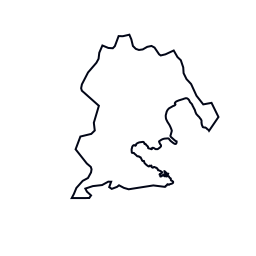 outline of Sevan, Gegharkunik, Armenia, rotated 35°
{"feature_id": "60910142B53261358782492", "entity_name": "Sevan", "entity_type": "district", "adm_level": 2, "iso_a3": "ARM", "parent_name": "Armenia", "parent_adm1": "Gegharkunik", "projection": "mercator", "projection_center": [45.001, 40.541], "detail": "fine", "context": "isolated", "style": "outline", "palette": "ink", "viewbox_px": 256, "rotation_deg": 35, "n_neighbors": 0, "source": "geoboundaries", "source_scale": "gbopen_adm2", "svg_char_len": 5764}
<svg xmlns="http://www.w3.org/2000/svg" viewBox="0 0 256 256"><g transform="rotate(35 128 128)"><path d="M122.1,217.7L136.4,207.6L136.4,204.4L130.9,203.7L127.8,202.1L132.5,195.8L139.5,189.6L142.6,183.3L145.0,181.7L146.5,187.2L149.6,187.2L152.8,182.5L153.5,180.1L159.0,179.4L163.7,177.8L181.7,160.5L191.9,155.1L191.9,154.9L192.3,154.5L192.3,154.4L192.1,153.9L192.1,153.7L192.6,152.9L192.7,152.7L192.5,152.2L192.5,151.9L192.6,151.5L192.7,151.3L192.9,151.2L193.2,151.1L193.7,151.1L194.0,151.1L194.2,150.9L194.3,150.7L194.5,150.1L194.7,149.8L195.8,148.5L196.2,147.7L196.3,147.4L196.3,147.0L196.2,146.7L195.9,146.3L195.7,146.1L195.4,146.1L194.5,146.0L194.3,146.0L194.1,146.1L193.4,146.2L193.1,146.1L192.9,146.0L192.5,145.5L192.3,145.1L192.0,144.9L191.8,144.8L191.3,144.8L191.0,144.9L190.4,144.8L190.1,144.7L189.4,144.3L189.1,144.2L188.9,144.2L188.4,144.4L187.9,145.0L187.4,145.5L187.2,145.7L186.9,145.5L187.0,145.3L187.5,144.8L187.8,144.3L187.8,144.2L187.7,144.0L187.6,143.9L186.7,144.2L186.3,144.3L186.1,144.2L186.0,143.8L186.1,143.7L186.6,143.4L187.1,142.8L187.2,142.7L187.1,142.4L186.8,142.5L186.1,143.1L185.7,143.5L185.5,143.9L185.4,144.4L185.4,144.6L185.4,144.9L185.8,145.5L185.9,146.0L185.8,146.3L185.7,146.5L185.2,146.6L184.8,146.4L184.7,146.3L184.6,145.9L184.6,145.4L184.7,144.8L184.9,144.3L184.9,144.0L184.9,143.7L184.7,143.2L184.7,142.8L184.7,142.7L183.5,142.5L183.1,142.5L182.8,142.4L182.7,142.4L182.6,142.5L183.1,143.1L183.4,143.2L184.0,143.3L184.5,143.6L184.6,143.8L184.7,144.0L184.7,144.3L184.6,144.7L184.0,145.5L183.6,146.4L183.4,146.8L183.4,147.3L183.2,148.1L182.8,148.8L182.6,149.0L182.3,149.1L182.0,148.9L182.0,148.6L181.9,148.4L181.6,148.1L181.5,147.9L181.3,147.9L180.6,148.0L180.5,147.8L180.5,147.6L180.5,147.4L180.9,147.0L181.0,146.5L181.1,146.1L181.4,145.4L181.5,145.0L181.4,144.8L181.2,144.6L180.7,144.6L179.4,144.6L179.0,144.7L178.7,144.8L177.5,145.0L176.9,145.3L176.8,145.2L176.6,145.0L176.4,144.8L175.5,144.7L175.4,144.6L175.2,144.4L174.5,144.3L174.0,144.3L173.8,144.4L173.6,144.6L172.4,144.7L172.0,144.8L171.5,145.2L171.3,145.9L171.2,146.1L171.0,146.3L170.7,146.4L170.1,146.4L169.7,146.4L169.5,146.2L169.4,146.1L169.1,145.6L168.8,145.5L168.6,146.0L168.3,146.1L167.6,146.2L167.4,146.4L167.4,146.7L167.4,147.1L167.2,147.4L167.0,147.5L166.8,147.7L166.1,147.7L165.7,147.7L165.0,147.7L163.8,147.6L161.6,147.2L160.8,146.6L160.1,145.9L159.8,145.9L159.5,146.3L159.1,146.6L158.7,146.6L158.1,146.5L157.7,146.2L155.9,145.2L155.1,144.8L154.9,144.8L154.7,145.0L154.4,145.2L153.9,145.2L153.1,145.0L152.9,145.1L152.1,145.7L151.8,145.8L151.0,145.7L149.3,145.4L148.3,145.4L147.9,145.3L147.6,145.2L147.2,145.1L146.9,145.2L146.0,145.8L145.4,146.0L145.2,145.9L144.9,145.6L144.2,144.7L143.5,143.9L143.0,143.1L142.9,142.5L142.7,142.1L142.3,141.1L142.2,140.7L142.2,140.2L142.2,139.7L142.4,139.1L142.6,138.7L143.0,138.4L143.9,138.4L144.2,138.3L144.3,138.0L144.4,137.7L144.2,137.0L144.0,136.7L144.0,136.3L144.1,135.8L144.4,135.1L144.7,134.5L145.1,133.9L145.4,133.4L145.8,133.0L148.2,130.8L148.7,130.6L149.1,130.6L149.5,130.7L149.8,130.9L150.3,131.4L150.5,131.5L150.8,131.5L150.9,131.3L151.2,131.1L151.7,131.1L152.5,131.2L152.7,131.4L152.9,131.6L153.2,131.7L153.6,131.7L154.0,131.6L154.5,131.7L155.0,131.8L155.3,132.1L155.7,132.6L155.9,132.8L156.2,132.9L156.4,132.9L157.4,132.5L158.1,132.2L158.8,132.1L159.1,132.0L159.5,131.8L159.6,131.5L159.2,130.9L159.2,130.7L159.3,130.4L159.5,130.1L159.8,129.9L160.0,129.8L160.6,129.6L162.5,129.5L162.9,129.4L164.0,128.6L164.3,128.4L164.5,128.1L165.3,125.8L165.5,124.7L165.5,124.1L165.3,123.7L165.0,123.3L164.5,123.0L163.4,122.7L162.1,121.9L161.6,121.6L161.3,121.4L161.2,121.1L161.2,120.7L161.7,119.6L162.0,118.7L162.4,117.9L163.1,116.8L164.1,115.7L166.3,113.9L166.7,113.6L167.1,113.4L167.6,113.4L168.1,113.5L169.3,113.9L169.8,114.0L170.7,114.2L171.7,114.2L172.9,114.3L174.5,114.3L175.3,114.2L175.8,114.0L176.1,113.8L176.3,113.5L176.4,113.2L176.3,112.5L176.1,112.0L175.7,111.4L175.5,111.1L174.6,111.3L173.3,111.3L169.1,110.8L168.3,110.7L167.9,110.6L167.5,110.3L167.3,110.1L167.1,109.8L166.9,109.0L165.7,105.7L165.5,105.2L165.2,104.9L163.7,103.8L161.6,102.5L159.9,101.6L157.9,100.8L156.5,100.2L155.5,99.6L154.5,99.1L153.9,98.6L153.4,98.2L152.4,97.0L151.9,96.4L151.5,95.6L150.6,93.2L150.3,92.4L150.1,90.9L150.1,90.3L150.2,89.2L150.3,88.5L150.6,87.8L151.5,85.9L152.0,84.8L152.3,84.2L152.5,83.9L153.0,83.2L153.2,82.8L153.3,82.5L153.4,82.2L153.4,81.9L153.3,81.4L153.2,81.3L152.4,81.1L152.2,80.9L152.1,80.7L152.0,80.2L152.1,79.5L152.2,79.0L152.4,78.5L152.8,77.8L153.9,76.1L156.7,72.5L157.2,71.7L157.9,70.9L158.2,70.5L158.8,70.1L159.1,69.9L159.8,69.8L160.8,69.8L161.2,69.9L162.0,70.1L163.0,70.7L163.3,70.8L163.8,71.2L164.3,71.3L164.8,71.4L165.3,71.5L166.6,71.8L167.0,71.9L167.4,72.2L167.9,72.6L169.2,73.2L171.0,74.2L171.4,74.4L171.8,74.6L172.0,74.6L174.6,76.6L175.3,76.9L175.7,77.2L176.1,77.4L176.5,77.5L178.0,77.8L178.7,78.0L179.8,78.1L180.9,78.5L181.4,78.7L182.6,79.0L183.5,79.5L183.8,79.6L184.2,80.1L184.8,80.9L184.9,81.2L185.3,81.7L185.6,81.8L185.9,82.3L186.3,82.7L186.8,83.1L188.4,84.1L188.7,84.3L188.9,84.3L189.5,84.1L190.3,83.8L190.9,83.3L191.7,83.2L192.5,83.2L193.1,83.3L193.7,83.5L194.5,83.4L195.2,83.4L196.0,83.8L195.8,67.1L182.0,59.5L176.1,65.5L165.6,62.3L154.5,55.8L147.9,54.4L142.1,51.2L138.5,46.7L132.4,42.2L127.8,41.5L121.0,38.3L116.4,46.2L113.2,49.8L111.2,49.8L103.6,46.9L100.2,47.3L97.2,50.5L95.0,55.2L92.2,57.8L89.0,58.7L85.0,58.0L79.9,53.5L75.6,50.8L71.1,55.8L67.6,58.1L70.3,68.5L69.8,71.4L66.0,73.7L59.7,75.1L61.3,82.8L64.2,88.2L64.7,92.7L63.4,105.4L65.2,118.7L66.8,122.3L68.8,123.9L91.4,126.5L97.0,143.3L102.2,149.1L101.3,153.9L93.9,162.3L97.3,175.5L114.6,180.7L119.8,181.2L121.8,182.7L123.2,185.6L123.9,191.9L121.2,197.3L120.1,206.7L121.5,213.0L122.1,217.7Z" fill="none" stroke="#020617" stroke-width="2"/></g></svg>